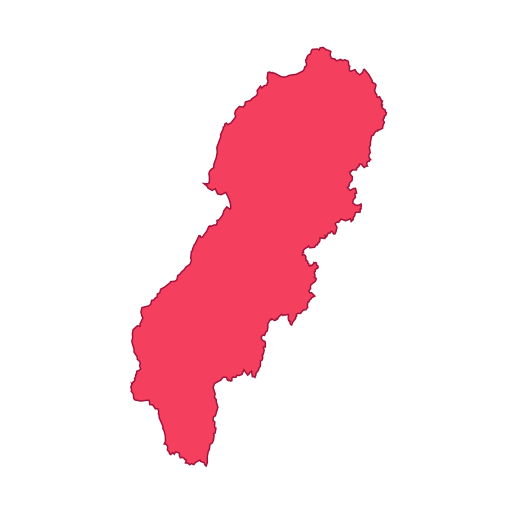 Malinau, Kalimantan Timur, Indonesia (Equal Earth projection), rotated 186°
{"feature_id": "22746128B54632748429230", "entity_name": "Malinau", "entity_type": "district", "adm_level": 2, "iso_a3": "IDN", "parent_name": "Indonesia", "parent_adm1": "Kalimantan Timur", "projection": "equal_earth", "projection_center": [115.266, 2.582], "detail": "fine", "context": "isolated", "style": "filled", "palette": "rose", "viewbox_px": 512, "rotation_deg": 186, "n_neighbors": 0, "source": "geoboundaries", "source_scale": "gbopen_adm2", "svg_char_len": 6112}
<svg xmlns="http://www.w3.org/2000/svg" viewBox="0 0 512 512"><g transform="rotate(186 256 256)"><path d="M315.4,322.6L312.0,320.4L310.8,318.5L306.4,316.7L303.5,318.6L300.7,313.7L297.1,313.3L292.6,316.1L289.0,310.3L286.9,305.3L286.1,300.7L286.8,299.9L290.2,301.8L292.7,297.7L293.4,293.4L296.5,288.2L298.6,287.2L298.0,284.9L298.9,282.5L300.9,282.5L304.4,280.5L305.0,281.2L306.1,280.2L307.5,275.7L311.4,269.0L313.2,268.9L313.6,270.2L314.8,270.3L317.8,261.6L318.4,261.1L319.8,256.5L319.7,254.6L320.7,253.9L320.7,247.0L319.7,244.5L320.9,240.8L324.5,237.7L326.0,234.9L328.8,231.9L329.1,230.5L331.8,228.4L332.1,224.5L333.1,223.1L334.1,222.4L338.3,221.6L338.5,220.6L343.3,215.8L347.3,213.0L347.9,209.2L350.1,208.0L350.1,204.9L351.7,203.8L353.3,201.3L355.2,201.0L355.6,197.0L357.4,195.2L364.0,192.8L364.6,188.2L363.1,184.2L362.1,183.1L362.3,181.9L364.2,176.4L363.9,174.0L366.7,174.2L370.5,169.9L370.8,165.5L370.1,161.9L370.6,158.0L367.4,150.2L367.3,147.7L363.6,143.3L363.2,140.7L361.4,139.7L359.9,137.8L360.3,134.8L358.9,131.7L360.2,130.0L362.5,129.0L362.6,126.0L363.2,125.5L363.1,123.6L364.0,121.2L363.4,120.3L364.1,118.4L365.3,117.7L365.7,116.0L366.3,116.3L365.9,115.5L366.8,112.6L365.8,110.5L366.0,108.5L363.6,106.0L362.7,101.5L361.3,100.2L355.6,99.7L348.0,101.4L347.1,101.2L346.1,97.1L343.2,97.2L340.1,93.5L337.7,93.9L336.5,91.3L336.6,88.9L335.5,87.0L335.4,85.1L330.7,76.8L330.6,74.6L329.3,72.9L327.4,67.9L326.7,61.8L327.7,59.5L325.4,59.3L323.9,57.2L323.8,53.7L322.0,52.2L321.4,50.4L320.1,49.6L318.2,51.6L316.5,50.3L315.6,52.7L314.9,52.8L311.7,51.9L311.2,49.2L310.2,47.4L308.5,48.0L306.3,47.3L305.7,46.3L303.9,45.7L304.5,42.8L302.4,43.0L300.2,41.5L298.4,42.8L296.0,42.0L294.6,44.4L290.4,47.2L289.7,45.9L286.1,45.2L284.7,42.6L283.6,41.9L282.8,45.5L283.5,51.8L283.1,56.4L282.2,58.7L282.1,63.9L280.2,65.2L279.1,67.9L278.9,73.1L279.6,74.8L278.2,75.6L277.8,80.6L279.3,81.3L279.6,86.5L281.7,88.3L281.3,91.8L279.7,92.8L278.1,101.6L280.3,106.9L280.5,108.9L282.6,111.3L282.2,114.6L284.9,120.7L283.9,124.9L278.0,128.9L276.5,131.4L275.2,132.3L272.3,132.0L271.7,129.9L270.5,129.2L269.8,129.8L268.4,128.9L267.0,129.5L267.2,132.2L266.6,133.1L263.3,133.2L262.6,135.4L260.6,135.3L257.6,136.7L256.1,141.6L251.8,136.6L250.2,138.5L250.2,139.4L248.4,140.9L247.0,135.6L245.6,136.0L244.4,135.1L243.7,137.4L243.8,139.3L241.4,143.0L241.6,144.0L240.1,147.1L240.6,152.0L238.9,153.4L238.7,156.3L239.5,158.0L238.6,158.7L238.0,162.9L239.1,166.2L237.2,166.5L237.7,171.1L238.5,172.2L240.0,172.4L242.0,174.0L242.1,176.8L240.6,178.1L239.2,177.9L238.3,181.4L237.0,182.6L236.7,186.0L237.2,189.8L235.3,193.9L234.4,194.0L234.1,195.2L230.8,193.8L229.4,194.4L229.2,195.8L228.0,195.5L227.1,197.8L224.6,200.6L223.0,199.6L222.3,200.4L220.4,200.3L218.1,201.2L217.4,200.3L217.6,198.6L217.1,196.0L216.5,194.9L215.7,195.1L214.8,192.0L213.3,191.1L212.6,193.9L210.1,198.0L210.1,199.8L209.3,200.4L209.8,202.4L208.3,203.3L205.7,203.6L203.5,207.0L200.8,207.8L199.2,210.5L199.7,211.9L199.6,215.8L198.5,216.0L198.2,217.8L197.0,218.8L196.1,220.5L193.3,222.3L197.0,225.3L198.6,224.9L199.8,226.9L198.3,229.1L198.7,231.8L198.1,233.4L194.2,237.2L193.7,239.9L195.8,241.0L195.2,242.3L196.4,246.4L195.5,246.8L195.6,248.4L194.4,250.0L193.4,250.2L193.0,251.2L193.4,252.6L194.9,253.4L195.1,255.1L195.9,255.8L196.7,255.2L197.8,255.6L198.3,253.9L199.5,252.3L200.4,252.7L201.4,251.6L202.3,252.0L202.7,253.8L203.8,254.4L204.0,256.0L205.8,257.1L205.7,257.8L206.5,259.0L206.2,260.0L207.0,261.5L208.5,262.5L209.9,261.7L209.8,264.2L209.0,264.8L209.7,266.1L208.2,268.4L205.7,270.2L205.0,271.4L203.4,269.8L198.7,270.8L197.4,273.4L196.1,273.5L195.6,275.5L195.0,275.6L194.1,277.8L194.2,280.7L189.3,280.6L188.9,282.3L189.3,283.2L187.9,282.5L186.6,286.3L184.8,286.5L183.7,288.5L182.5,288.1L181.2,286.0L179.8,286.3L179.0,288.5L178.5,293.1L180.5,296.0L180.4,296.9L179.0,298.2L177.3,298.1L175.3,301.6L170.5,300.4L165.9,302.9L164.9,300.3L163.1,302.4L163.4,304.2L162.1,306.0L161.8,309.2L160.7,310.0L157.1,310.5L157.2,313.8L156.4,314.0L156.8,315.7L156.4,316.6L157.0,318.7L159.1,317.3L162.2,316.8L165.3,319.0L165.2,322.1L163.2,324.7L164.4,328.4L162.5,329.0L164.1,333.7L166.1,333.3L169.3,331.0L172.3,333.9L170.8,335.2L170.4,338.7L168.4,341.0L168.3,342.4L168.5,345.0L170.8,347.1L171.6,349.1L170.2,349.8L170.2,350.6L168.8,351.7L165.1,352.1L165.0,353.8L162.8,356.5L163.0,357.7L162.4,358.2L160.0,358.0L159.7,357.0L157.6,355.3L156.0,356.9L154.5,357.1L155.4,358.6L155.5,360.6L153.9,362.3L153.2,362.1L152.9,363.4L152.1,363.8L153.6,365.3L154.2,367.1L154.2,369.0L153.2,370.5L154.7,376.3L153.8,378.0L154.1,381.1L153.6,387.6L152.0,388.3L150.7,391.4L149.5,392.7L148.0,393.0L147.7,394.4L146.4,394.3L143.4,396.3L143.5,398.6L142.3,402.4L144.0,404.7L142.9,406.9L143.1,408.3L141.8,409.3L141.2,412.0L142.3,413.0L142.7,414.6L145.9,416.4L146.4,417.8L146.0,419.4L147.1,419.5L146.4,423.4L147.9,423.6L147.9,424.4L149.8,427.4L151.5,426.5L152.3,426.8L153.1,429.6L154.2,430.2L155.3,433.3L154.5,438.5L155.5,439.7L158.6,441.0L158.7,442.4L162.7,448.1L167.7,453.0L168.5,452.6L169.1,449.7L171.8,447.0L174.8,448.8L177.1,451.7L181.3,449.5L182.2,450.2L182.7,451.1L182.6,454.6L183.7,455.2L184.4,458.8L185.3,459.7L188.4,460.4L190.0,459.4L192.4,460.4L196.4,458.5L198.4,460.4L201.7,460.4L203.4,464.3L202.9,467.1L204.5,467.9L207.5,468.4L211.2,470.5L214.1,469.6L214.7,467.5L216.5,468.3L221.5,467.4L222.2,466.5L222.9,462.7L224.9,461.4L226.3,458.7L226.0,457.5L227.0,456.5L226.7,454.2L225.8,452.5L225.8,450.8L226.3,449.6L227.2,449.3L227.8,446.1L228.9,444.7L235.0,440.9L241.7,439.2L245.2,437.1L249.3,436.8L257.1,439.9L258.0,439.5L259.0,440.2L259.9,439.6L261.4,440.4L263.3,439.8L263.5,433.8L262.2,431.0L263.3,427.0L265.7,426.2L267.8,423.7L269.3,425.4L272.2,420.5L271.5,418.3L272.0,415.8L276.8,411.7L277.4,410.3L282.5,408.2L282.9,407.0L282.6,405.7L284.2,402.7L288.2,403.0L291.5,398.5L292.0,395.4L290.9,392.9L291.2,391.5L294.8,385.7L297.9,383.7L299.4,385.1L300.7,384.1L300.8,381.9L301.9,380.8L302.0,378.7L304.0,372.7L303.5,371.8L303.8,369.6L306.3,359.9L305.4,355.1L305.8,349.4L307.4,343.3L307.3,339.4L309.7,337.4L311.1,335.2L311.4,332.7L310.6,329.8L310.1,324.3L311.4,322.7L315.4,322.6Z" fill="#f43f5e" stroke="#9f1239" stroke-width="1.5"/></g></svg>